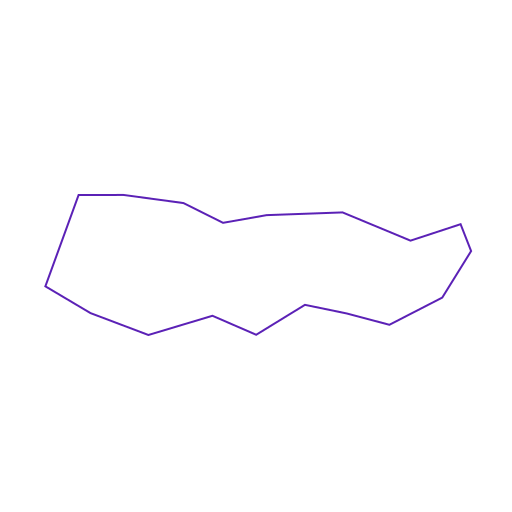 SVG path tracing the border of Manchester, rotated 260°
{"feature_id": "GBR-5684", "entity_name": "Manchester", "entity_type": "Metropolitan Borough", "adm_level": 1, "iso_a3": "GBR", "parent_name": "United Kingdom", "parent_adm1": "", "projection": "orthographic", "projection_center": [-2.269, 53.446], "detail": "fine", "context": "isolated", "style": "outline", "palette": "violet", "viewbox_px": 512, "rotation_deg": 260, "n_neighbors": 0, "source": "natural_earth", "source_scale": "10m", "svg_char_len": 391}
<svg xmlns="http://www.w3.org/2000/svg" viewBox="0 0 512 512"><g transform="rotate(260 256 256)"><path d="M182.7,432.2L165.1,375.4L183.6,335.5L199.4,295.7L178.4,242.5L204.7,202.7L196.9,136.3L228.5,83.1L262.7,43.3L346.9,91.9L339.1,136.2L320.7,193.8L294.4,229.3L294.4,273.5L283.9,348.8L244.3,410.8L251.8,463.0L223.5,468.7L182.7,432.2Z" fill="none" stroke="#5b21b6" stroke-width="2"/></g></svg>